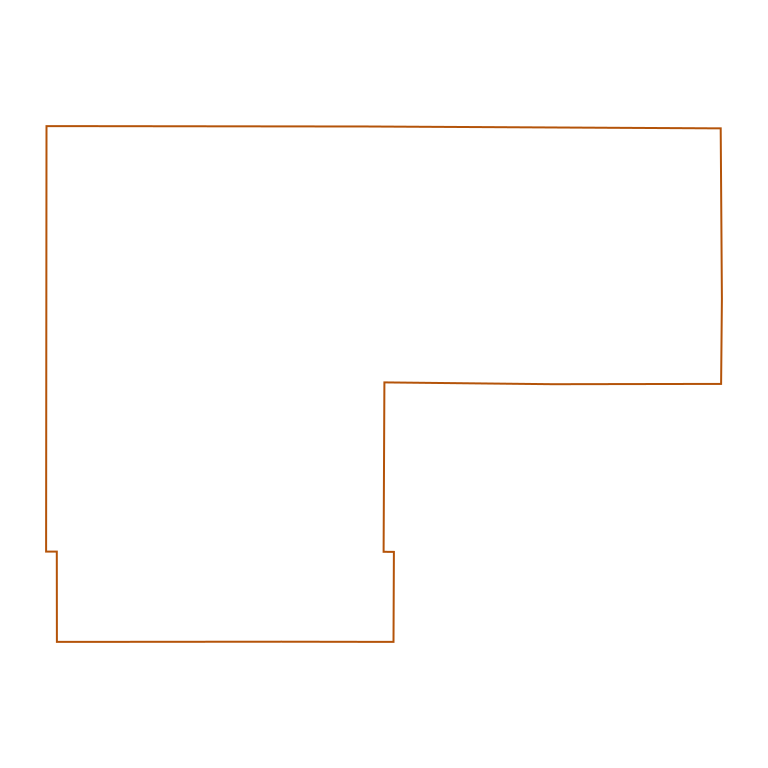 Finney, Kansas, United States of America
{"feature_id": "52423323B35440057604027", "entity_name": "Finney", "entity_type": "district", "adm_level": 2, "iso_a3": "USA", "parent_name": "United States of America", "parent_adm1": "Kansas", "projection": "mercator", "projection_center": [-100.646, 38.0], "detail": "fine", "context": "isolated", "style": "outline", "palette": "amber", "viewbox_px": 768, "rotation_deg": 0, "n_neighbors": 0, "source": "geoboundaries", "source_scale": "gbopen_adm2", "svg_char_len": 327}
<svg xmlns="http://www.w3.org/2000/svg" viewBox="0 0 768 768"><path d="M393.5,641.9L393.9,551.9L383.6,551.8L384.4,382.4L552.6,384.2L721.1,383.9L721.9,298.7L720.7,128.3L707.4,128.3L538.2,127.4L368.6,126.5L46.5,126.1L46.1,551.6L56.8,551.6L56.9,641.9L281.5,641.7L393.5,641.9Z" fill="none" stroke="#b45309" stroke-width="2"/></svg>